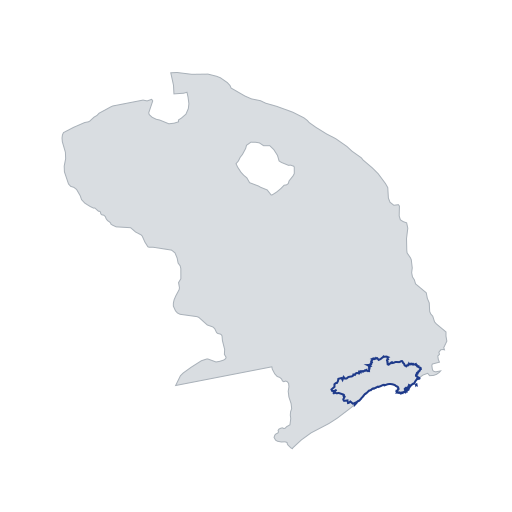 West Coast, Western Cape, South Africa shown in context, rotated 259°
{"feature_id": "47623444B37444115609272", "entity_name": "West Coast", "entity_type": "district", "adm_level": 2, "iso_a3": "ZAF", "parent_name": "South Africa", "parent_adm1": "Western Cape", "projection": "mercator", "projection_center": [18.155, -32.059], "detail": "fine", "context": "in_parent", "style": "outline", "palette": "blue", "viewbox_px": 512, "rotation_deg": 259, "n_neighbors": 0, "source": "geoboundaries", "source_scale": "gbopen_adm2", "svg_char_len": 9228}
<svg xmlns="http://www.w3.org/2000/svg" viewBox="0 0 512 512"><g transform="rotate(259 256 256)"><path d="M362.5,85.7L375.2,84.0L380.9,84.9L387.8,87.7L394.2,88.7L405.1,87.7L408.8,88.1L411.8,89.1L413.9,90.6L417.1,101.5L419.7,113.3L419.7,117.1L420.1,118.5L423.2,123.5L424.3,126.7L426.1,129.2L430.1,141.9L430.6,144.1L430.6,174.9L429.0,178.7L429.7,183.5L427.9,184.2L417.0,178.0L415.1,178.2L412.0,180.5L409.2,184.2L407.9,187.3L402.4,195.7L402.0,201.0L402.5,205.6L404.3,205.8L405.6,209.1L408.6,214.3L413.6,217.7L418.3,219.2L424.8,219.6L429.9,219.5L429.6,216.0L430.8,206.4L439.4,207.6L452.1,207.3L451.2,213.5L446.6,227.6L443.7,243.6L439.9,251.7L437.7,255.1L431.6,261.0L428.3,263.0L425.6,263.6L415.1,275.7L411.1,281.5L407.6,290.0L404.1,294.7L399.0,304.8L390.1,319.6L382.5,329.4L379.2,332.3L376.9,333.6L370.9,339.3L362.4,348.5L355.9,356.7L346.2,366.1L340.6,370.2L332.2,378.2L329.8,379.4L320.3,387.0L313.5,391.6L302.4,396.9L298.0,398.4L287.6,397.0L283.2,397.8L279.5,401.0L279.2,405.6L277.6,406.3L268.0,404.2L264.0,404.6L261.7,407.0L259.8,410.2L254.3,410.3L244.5,407.1L232.9,405.1L230.2,404.9L224.6,407.3L222.6,407.7L214.5,407.1L209.9,405.6L205.6,405.6L202.3,406.9L198.2,407.3L187.4,416.1L181.7,416.1L176.9,417.1L168.3,415.9L165.7,416.5L163.2,418.0L157.3,418.7L155.0,420.0L145.2,428.0L141.1,427.2L136.0,427.1L130.2,422.8L127.9,423.1L128.5,421.8L128.7,419.5L126.7,417.2L124.4,417.3L123.2,415.4L119.7,415.2L116.8,415.8L116.3,408.4L114.9,407.7L111.4,407.5L109.7,407.8L108.9,408.5L108.0,410.2L108.0,415.3L106.8,413.8L105.4,410.7L104.9,407.5L105.4,403.6L108.1,402.1L107.3,397.2L103.2,388.7L100.7,386.9L98.8,382.6L96.8,381.1L96.0,378.0L94.1,375.6L93.4,371.8L94.5,369.6L96.1,368.4L97.8,370.3L100.0,369.6L103.0,366.8L104.7,362.7L104.8,356.0L104.4,351.9L102.0,341.2L100.9,338.7L95.5,331.1L89.3,321.0L81.4,305.0L77.6,295.5L71.9,276.4L66.9,265.6L60.7,255.6L59.9,255.0L60.9,253.7L64.2,251.4L65.7,250.8L66.5,251.1L67.3,250.5L68.1,248.9L68.6,245.4L70.1,241.7L71.5,240.1L74.5,239.1L76.7,240.4L77.6,241.8L78.0,243.6L79.0,244.5L80.6,244.4L81.7,245.5L82.3,247.8L82.2,249.4L81.3,250.4L81.4,251.8L82.6,253.5L83.8,257.1L89.8,259.1L93.2,259.3L96.4,260.2L99.4,261.9L104.4,262.3L111.3,261.4L117.0,261.8L121.4,263.4L124.7,263.7L126.7,262.7L127.6,261.2L127.3,259.3L128.3,258.1L130.5,257.6L132.3,256.1L133.7,253.8L136.8,251.9L141.8,250.4L144.2,250.4L144.2,152.4L152.9,159.0L155.0,162.1L159.2,171.2L163.6,182.4L164.3,187.9L164.1,189.1L159.6,196.5L159.5,200.1L160.0,204.4L161.0,206.6L162.3,207.3L165.5,206.2L170.2,207.4L179.4,206.9L183.9,207.4L185.1,207.1L186.1,206.2L187.3,203.6L188.4,202.7L192.6,201.6L194.6,200.1L197.6,195.0L206.6,188.2L207.7,186.6L213.3,170.3L215.1,168.0L217.6,166.5L222.6,165.3L225.5,165.9L228.7,167.3L232.2,169.7L237.6,174.1L239.4,174.8L244.7,174.9L248.0,177.9L257.9,179.8L260.8,179.7L263.9,178.2L269.0,178.2L274.5,177.1L277.9,174.2L284.3,156.5L285.0,152.7L285.7,151.6L290.9,149.6L297.3,148.1L298.6,147.3L302.5,142.4L307.7,138.3L311.3,124.3L313.7,121.0L315.1,119.6L316.1,119.6L317.4,118.7L319.1,117.0L321.2,116.0L323.5,115.6L325.1,114.4L325.8,112.6L327.0,111.7L328.8,111.7L329.7,111.1L330.0,109.9L333.9,106.9L334.0,105.7L336.2,102.7L340.5,98.1L344.6,95.5L348.5,95.0L355.5,92.6L358.1,90.4L359.7,87.4L362.5,85.7ZM350.6,296.3L357.0,293.8L361.7,290.5L362.8,284.5L366.4,280.9L367.7,277.4L368.7,272.7L366.5,267.8L363.6,266.4L358.3,262.1L355.9,259.3L352.7,256.9L350.4,254.0L346.8,254.9L341.1,257.2L337.5,259.4L334.5,261.9L329.2,263.7L324.2,271.8L322.6,273.6L318.7,279.6L313.0,282.5L312.9,283.5L314.8,288.4L317.4,293.2L320.1,297.1L320.0,299.6L320.9,301.5L323.4,302.8L327.6,307.7L329.6,309.3L335.9,310.5L336.9,310.2L338.6,307.3L338.8,305.2L343.0,298.8L344.9,296.8L350.6,296.3Z" fill="#d9dde1" stroke="#a8b0b8" stroke-width="1"/><path d="M132.4,364.8L132.6,362.5L133.1,362.1L132.9,361.8L132.6,361.8L131.9,360.1L131.1,358.7L130.6,356.6L132.6,355.5L132.6,355.3L132.4,355.1L132.7,354.7L132.6,354.3L132.8,354.2L132.6,354.0L132.8,353.5L132.5,353.0L132.3,353.2L132.2,352.5L132.5,352.1L133.0,352.0L133.1,351.7L132.9,350.9L132.5,351.8L132.4,351.6L132.4,350.6L132.0,350.5L131.0,349.3L130.3,348.9L129.9,349.5L129.5,349.6L129.2,349.2L128.7,348.8L128.5,348.0L127.7,347.4L127.4,347.9L127.1,347.5L127.5,346.2L127.7,344.6L125.9,347.0L125.6,345.8L124.9,345.9L124.5,345.6L124.2,346.0L123.9,345.8L123.6,345.8L123.4,345.6L122.9,345.4L122.2,345.1L121.5,345.0L121.7,344.5L121.6,344.2L121.6,343.9L121.9,343.6L122.3,343.1L122.7,342.9L122.7,342.6L122.9,342.6L122.8,342.4L122.7,342.5L122.6,342.3L122.4,342.3L122.4,341.9L122.8,341.7L123.0,341.8L123.1,341.4L122.4,340.2L122.1,339.2L122.6,339.1L122.7,338.4L122.5,337.9L123.0,337.1L122.9,336.4L122.1,336.4L122.9,335.2L122.4,334.9L121.8,334.9L121.4,334.5L121.1,334.8L121.0,334.7L121.3,334.4L121.4,333.9L121.7,333.4L121.9,332.3L121.6,332.0L121.6,331.7L121.6,331.3L121.1,330.8L120.4,330.4L121.1,329.0L120.0,328.4L119.5,327.1L119.6,325.9L119.6,323.6L118.5,321.6L118.7,319.9L120.5,318.9L117.9,317.3L119.9,316.7L119.7,313.4L117.6,312.6L115.9,311.2L116.0,310.0L115.1,308.5L112.6,308.1L110.6,304.6L109.0,305.0L108.5,307.2L109.4,309.5L107.6,306.9L106.1,305.5L106.8,307.3L105.8,309.1L105.8,311.0L103.3,315.4L103.0,315.7L102.1,315.2L101.6,315.3L101.9,315.8L101.5,315.9L101.0,316.2L98.9,314.5L98.4,314.3L97.1,314.7L96.9,315.4L96.8,318.2L96.3,318.1L95.4,318.2L94.9,318.4L94.1,318.3L94.1,319.0L95.2,320.8L94.5,321.3L94.3,321.6L94.1,321.6L92.5,323.0L93.0,325.4L91.6,324.8L91.2,324.7L92.6,326.7L93.1,327.0L93.7,327.6L94.1,328.4L94.2,328.9L94.0,329.0L94.1,329.4L94.6,330.0L94.6,330.3L95.2,330.9L95.7,331.8L96.6,332.6L97.2,333.7L97.8,334.2L98.0,334.7L98.6,335.2L99.5,336.3L99.8,336.8L99.7,337.2L100.1,337.5L100.6,338.8L102.3,341.2L102.3,341.5L102.2,341.7L102.6,343.2L102.5,343.3L103.3,344.5L103.7,345.6L103.7,345.9L103.5,346.0L103.5,346.5L103.3,346.6L103.8,348.0L103.7,348.3L104.0,348.7L104.0,349.1L104.5,350.4L104.5,350.8L104.1,351.1L104.2,351.4L104.1,351.6L104.4,352.9L104.4,353.4L104.7,354.2L105.2,356.3L105.0,357.3L104.5,357.4L104.8,359.4L105.0,360.8L104.9,362.3L104.7,363.5L104.0,365.6L102.9,367.6L101.7,368.6L100.8,369.9L100.3,370.3L99.6,370.5L98.9,370.4L98.3,370.6L98.0,370.1L97.3,369.6L97.2,369.4L97.3,369.3L96.5,368.9L96.4,368.7L96.5,368.6L96.4,368.5L96.5,368.3L96.3,368.3L96.2,368.2L96.0,368.6L95.7,368.8L95.5,368.6L95.3,368.8L95.1,368.6L95.1,368.9L94.5,369.4L94.5,369.6L94.8,370.1L94.8,370.6L94.7,371.0L94.4,371.3L94.2,371.1L94.1,371.4L93.8,371.4L93.6,371.6L93.4,371.7L93.4,372.0L93.7,372.2L93.6,372.3L93.8,372.2L94.1,372.5L94.2,372.8L94.2,373.4L93.7,373.5L93.8,373.8L93.6,374.0L93.8,374.2L94.1,374.4L94.2,374.7L94.3,375.2L94.1,375.4L94.2,375.6L94.3,375.7L94.2,376.0L94.3,376.1L93.9,376.5L94.1,376.9L94.3,376.8L94.7,377.1L94.6,377.5L94.3,377.5L94.5,377.7L94.4,377.9L94.6,377.9L94.8,378.2L95.5,377.8L95.4,377.6L95.7,377.4L96.2,377.7L96.3,377.9L96.1,377.9L96.3,378.0L96.3,377.7L96.1,377.4L96.0,377.5L95.7,377.3L95.8,377.0L95.7,376.9L96.2,376.6L96.9,376.7L96.6,377.6L96.9,376.9L97.2,377.0L97.7,377.4L97.8,378.0L98.0,378.1L97.9,378.7L97.6,379.1L97.7,379.7L98.4,380.4L99.1,380.8L99.3,381.1L99.1,381.4L99.3,381.5L99.1,381.6L99.0,381.4L99.0,381.6L99.4,381.8L99.5,381.8L99.4,381.9L99.6,382.0L99.5,381.9L99.9,381.9L99.9,382.2L99.5,382.5L99.2,382.5L99.1,382.4L99.1,382.1L98.5,381.7L98.2,381.3L98.2,381.1L97.6,380.8L97.7,380.4L97.3,380.2L97.2,379.6L97.3,379.4L97.1,379.4L96.5,379.4L97.1,379.2L96.9,378.9L96.9,378.7L96.3,378.6L96.5,379.3L96.2,379.5L96.0,379.4L96.0,379.6L95.8,379.8L96.3,380.1L96.4,380.4L96.3,380.5L97.1,380.9L97.3,381.1L98.4,382.2L99.5,383.6L100.1,384.6L100.7,385.9L100.8,386.5L100.5,386.6L100.5,386.8L100.9,387.2L102.4,388.3L103.3,389.2L104.3,390.4L104.4,390.9L104.5,390.9L104.4,391.2L104.7,391.5L104.5,391.9L104.6,392.1L104.4,392.1L104.4,392.3L104.4,392.9L104.7,393.1L104.8,393.0L105.1,393.0L105.1,392.7L105.6,392.4L105.5,392.2L105.8,391.7L106.1,391.3L107.1,391.3L107.5,390.9L107.8,390.2L108.5,390.3L109.1,390.7L109.5,391.1L109.5,391.7L110.4,391.6L110.7,391.9L110.8,392.6L110.5,392.8L110.7,393.1L111.4,393.4L111.7,393.4L111.9,394.5L112.4,394.9L112.6,394.8L113.0,395.2L113.4,395.7L113.5,396.2L113.8,396.2L114.0,396.0L114.5,396.3L114.9,396.0L115.0,395.7L115.2,395.2L115.5,395.2L116.5,393.7L116.9,394.0L117.0,393.5L117.0,393.2L117.4,393.0L117.5,393.1L118.3,393.0L118.4,392.4L119.4,392.3L119.2,391.7L119.4,391.6L119.3,391.2L119.3,390.7L119.3,390.1L119.7,389.9L119.6,389.7L119.9,389.3L119.8,389.0L120.1,389.0L120.0,388.7L120.3,388.3L120.3,388.1L120.6,388.0L120.6,387.8L120.7,387.6L120.7,387.1L120.7,386.8L120.3,386.5L120.6,386.2L120.4,386.1L120.3,385.8L120.5,385.6L120.8,385.5L120.6,385.4L120.6,385.2L120.3,385.2L120.2,384.9L120.2,384.6L120.0,384.3L119.7,384.3L119.7,384.1L119.5,383.9L119.6,383.5L119.8,383.4L119.8,383.0L119.5,382.7L119.2,382.4L119.8,382.1L119.8,381.5L120.4,381.0L120.8,380.9L122.0,380.8L123.0,380.0L124.3,379.7L125.0,379.3L125.1,378.4L124.8,377.7L124.5,376.3L125.3,373.0L125.2,371.8L124.9,370.9L124.9,369.2L125.8,369.1L125.7,368.5L124.2,366.0L124.1,365.5L124.6,365.5L124.4,365.0L124.6,364.6L125.7,364.7L126.1,364.6L127.1,365.0L127.5,364.8L128.5,364.6L129.0,364.9L129.3,365.8L129.7,365.6L130.3,365.6L130.8,366.0L131.3,366.1L131.4,366.4L131.6,366.1L131.6,365.6L131.8,365.6L132.2,365.3L132.4,364.8ZM98.7,388.5L99.0,388.9L98.9,389.0L99.3,389.0L99.1,388.5L98.7,388.5Z" fill="none" stroke="#1e3a8a" stroke-width="2"/></g></svg>